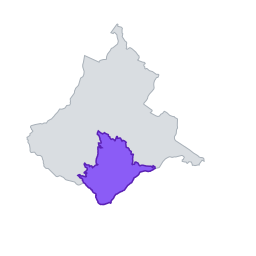 Democratic Republic of the Congo, with Équateur highlighted, rotated 214°
{"feature_id": "COD-1461", "entity_name": "Équateur", "entity_type": "Province", "adm_level": 1, "iso_a3": "COD", "parent_name": "Democratic Republic of the Congo", "parent_adm1": "", "projection": "orthographic", "projection_center": [21.263, 1.316], "detail": "fine", "context": "in_parent", "style": "filled", "palette": "violet", "viewbox_px": 256, "rotation_deg": 214, "n_neighbors": 0, "source": "natural_earth", "source_scale": "10m", "svg_char_len": 8847}
<svg xmlns="http://www.w3.org/2000/svg" viewBox="0 0 256 256"><g transform="rotate(214 128 128)"><path d="M204.5,163.8L188.8,166.4L189.1,167.3L188.9,168.2L188.5,168.9L186.8,170.9L184.4,172.7L184.4,173.1L185.6,175.1L186.3,177.8L186.0,182.6L186.3,183.9L186.2,184.9L185.4,186.0L183.6,191.8L184.6,194.6L187.6,197.1L189.4,199.1L192.4,199.7L192.9,199.6L193.1,198.0L195.5,197.4L195.2,207.6L195.0,208.2L194.5,208.3L194.0,208.0L193.8,207.0L193.2,206.6L190.2,207.8L189.5,207.8L188.7,207.6L188.1,207.1L188.0,206.3L186.0,203.4L185.0,203.2L183.9,200.5L179.3,198.5L177.5,198.4L176.6,197.8L175.7,195.7L174.2,194.3L173.9,192.8L173.5,192.6L172.6,192.9L171.7,195.3L170.7,195.9L168.7,195.9L164.0,195.3L160.5,194.0L159.6,194.1L158.3,193.0L157.7,191.2L158.1,189.8L157.8,189.6L152.6,190.8L151.3,191.5L150.1,191.3L149.7,190.9L150.3,189.9L150.0,188.9L149.6,188.4L148.1,188.0L147.6,186.9L146.7,186.7L146.3,186.9L146.1,187.6L145.5,187.9L142.4,187.5L139.1,188.5L134.7,188.3L132.7,189.5L132.3,189.4L131.9,188.8L131.5,186.9L131.7,186.4L132.4,186.0L132.6,185.2L132.4,183.2L132.6,182.7L132.3,181.5L131.7,179.7L130.8,178.2L128.8,175.9L128.4,174.8L128.6,172.3L129.2,168.3L129.1,165.3L128.3,163.3L128.2,161.2L128.7,157.4L128.2,156.5L118.1,156.2L117.7,155.9L117.5,155.4L118.0,153.1L111.8,153.7L110.0,154.1L108.9,155.0L108.5,156.2L108.5,157.8L107.5,159.4L107.3,162.1L105.6,162.4L103.9,162.4L100.6,161.8L97.5,162.5L95.9,163.3L95.1,162.9L92.3,163.2L91.9,163.0L88.6,157.7L87.1,156.0L86.8,155.1L86.9,154.3L86.5,153.2L85.0,150.5L84.7,149.3L84.7,147.3L84.6,146.6L83.2,144.9L82.3,144.4L81.3,144.1L64.9,144.3L59.5,143.9L55.6,144.1L53.6,144.0L53.0,143.7L51.2,144.1L50.3,144.8L48.9,145.2L48.0,145.0L46.3,143.0L48.6,142.7L48.8,137.8L48.2,137.2L49.4,136.4L51.4,134.3L53.3,133.6L53.6,133.1L54.0,133.2L54.7,134.0L56.4,135.2L58.5,134.2L58.7,133.9L58.9,131.9L59.5,131.7L60.4,132.2L60.9,132.2L61.8,131.6L64.4,130.6L65.2,131.9L64.5,133.0L64.8,133.9L64.9,135.2L65.3,135.4L67.4,135.6L68.1,135.3L72.2,130.7L73.3,130.1L75.0,128.3L77.4,127.5L78.4,126.0L79.7,123.4L80.3,119.7L80.0,113.2L80.2,112.4L83.0,109.4L85.9,104.2L87.9,102.8L89.4,102.2L91.6,100.3L93.4,98.3L93.2,96.0L93.6,94.0L94.6,91.6L94.9,88.9L94.6,86.2L94.7,83.9L96.1,80.3L96.2,76.2L97.4,72.7L99.8,68.3L101.0,65.1L100.8,61.8L101.1,59.4L101.0,58.0L100.5,56.8L100.8,56.1L101.7,55.7L102.8,54.5L104.9,51.4L107.1,49.8L108.6,49.3L110.2,49.4L111.2,49.7L112.9,50.9L114.8,51.9L116.3,53.1L117.7,55.1L121.1,55.5L122.6,56.2L123.5,56.5L123.8,56.3L124.5,56.4L126.1,56.9L127.4,56.6L133.7,57.9L134.4,57.3L136.2,53.9L137.5,52.8L139.7,52.7L141.4,53.3L142.3,53.3L150.0,50.5L151.0,50.3L153.9,51.0L155.7,50.6L156.4,50.7L158.0,50.2L159.3,48.2L160.4,47.7L171.5,49.8L173.2,48.8L174.0,48.7L176.5,49.4L177.2,50.6L178.7,51.7L179.8,53.4L181.5,54.4L182.3,55.3L183.3,56.0L185.3,56.2L187.8,54.6L189.6,54.8L191.5,55.6L192.1,55.6L193.4,54.6L194.2,53.7L194.9,53.5L195.9,53.9L196.8,54.8L197.6,56.1L200.4,59.1L203.1,60.3L203.8,62.2L204.7,62.0L205.2,62.1L205.9,63.3L206.4,63.5L206.5,64.0L205.8,65.1L205.2,67.2L206.1,68.4L205.4,70.3L205.1,72.2L205.9,72.7L207.0,72.7L208.1,73.7L208.9,73.8L209.7,74.9L209.5,75.8L206.9,78.9L203.0,82.8L201.6,83.2L201.0,83.9L200.5,85.1L199.3,86.0L198.4,86.4L198.4,89.2L197.0,92.0L196.5,92.6L195.8,97.3L195.9,98.1L195.2,101.9L195.3,105.5L193.4,106.6L192.0,108.3L191.4,109.5L191.4,112.4L189.3,114.2L189.1,114.6L189.6,116.6L190.4,117.0L190.4,117.7L192.2,119.8L192.0,126.5L192.1,127.2L193.0,128.8L193.6,131.8L192.9,135.7L195.2,142.8L194.1,145.4L194.6,147.8L196.0,150.4L199.3,153.0L200.2,154.0L201.0,155.4L201.7,157.6L204.5,163.8Z" fill="#d9dde1" stroke="#a8b0b8" stroke-width="1"/><path d="M90.5,101.5L92.1,99.5L92.6,99.2L92.7,98.9L93.2,98.4L93.4,98.1L93.3,96.6L93.1,95.7L93.1,95.3L93.5,93.7L94.3,91.5L95.0,90.5L95.1,90.3L95.1,89.3L95.0,89.0L94.9,89.0L94.6,88.3L94.8,87.2L94.5,86.1L94.5,85.4L94.4,84.8L94.6,84.3L94.8,84.1L95.2,83.5L95.3,83.3L95.3,82.8L95.6,81.8L95.7,81.3L96.2,80.2L96.2,77.5L96.3,76.8L96.2,76.4L96.3,75.6L96.2,74.9L96.5,74.0L96.9,73.6L97.0,73.5L97.3,72.9L97.6,72.0L98.2,71.4L98.3,71.3L99.0,70.1L99.2,69.6L99.3,69.2L99.7,68.5L100.2,67.1L100.3,67.0L100.9,66.6L101.0,66.1L101.1,64.9L101.1,63.8L100.7,61.6L100.9,60.5L100.9,59.9L101.2,59.4L101.2,58.6L101.1,57.9L101.0,57.6L100.6,56.8L100.3,56.6L100.3,56.4L100.3,56.2L100.6,55.8L100.8,55.8L101.3,56.0L101.9,55.8L102.1,55.6L102.3,55.3L102.8,54.2L103.0,53.9L103.3,53.7L103.4,53.4L103.6,53.3L103.9,52.8L104.4,52.5L104.4,52.1L104.6,51.9L104.9,51.4L105.3,50.9L106.0,50.9L106.3,50.3L106.7,50.1L107.5,49.7L107.8,49.3L108.0,49.3L108.7,49.3L109.2,49.1L109.5,49.2L110.5,49.3L111.0,49.4L111.5,49.7L111.9,50.4L112.9,50.7L113.6,51.2L114.3,51.5L114.9,52.1L115.8,52.4L116.1,52.8L116.3,53.2L116.5,53.3L116.8,53.7L116.9,53.9L116.7,54.3L116.8,54.5L117.9,55.5L118.1,55.5L118.8,55.4L119.5,55.4L120.0,55.2L120.4,55.1L121.2,55.3L122.1,55.6L122.5,56.1L122.8,56.2L122.8,56.4L123.2,56.4L123.3,56.5L123.5,56.5L123.8,56.2L124.0,56.2L124.7,56.7L124.9,56.7L125.5,56.7L125.8,56.9L126.1,56.9L126.9,56.5L127.1,56.5L127.8,56.5L128.1,56.7L128.5,56.7L128.9,57.0L129.2,57.0L129.7,57.0L130.1,56.9L130.6,57.2L131.2,57.3L131.4,57.5L131.9,57.8L132.7,57.9L133.7,57.9L134.0,57.8L134.3,58.0L134.8,58.1L136.0,59.1L136.6,59.2L136.7,59.8L136.8,59.9L137.3,60.2L137.9,60.3L138.5,60.1L139.0,60.3L139.3,60.0L139.7,60.0L140.0,59.9L140.2,60.0L140.5,60.0L140.8,60.2L141.1,60.4L141.6,60.6L142.2,60.5L142.8,60.6L143.1,60.6L143.0,61.0L142.9,61.3L142.5,61.6L142.1,62.2L141.9,62.4L141.7,62.4L141.3,62.2L140.8,62.1L140.4,61.9L140.2,61.9L139.9,62.1L139.0,62.9L138.7,63.1L138.1,63.0L137.4,63.3L135.9,63.8L135.6,64.1L135.5,64.4L135.5,64.5L135.7,64.9L136.6,65.2L136.9,65.4L136.9,65.5L137.0,65.9L136.8,67.1L136.9,67.4L137.1,67.7L137.3,67.7L137.5,67.6L138.3,66.6L138.7,66.3L139.0,66.2L139.3,66.3L139.4,66.7L139.4,67.0L139.0,67.9L138.9,68.4L138.6,68.9L138.7,69.9L138.4,70.5L138.6,70.9L139.1,71.5L139.4,71.8L139.8,72.0L141.4,71.7L141.7,71.7L141.8,71.8L142.4,72.4L143.4,72.9L144.1,73.5L144.2,73.8L144.3,74.6L144.2,74.7L143.1,74.4L141.7,74.2L140.7,74.9L139.9,75.4L139.5,75.5L139.2,75.4L138.7,74.8L138.5,74.7L138.5,75.0L138.2,75.0L138.2,75.3L137.8,75.5L137.6,75.8L137.3,76.1L137.1,76.1L136.6,76.2L136.4,76.1L136.2,76.0L135.8,75.5L135.4,75.3L135.1,75.3L135.1,75.5L135.1,75.8L135.1,76.0L134.5,77.2L134.3,78.6L134.2,79.0L133.8,79.4L133.0,80.0L132.8,80.1L132.6,80.6L132.9,80.6L133.1,80.7L133.3,80.6L133.8,80.7L134.1,80.9L134.3,80.9L134.8,81.2L135.5,82.0L136.0,82.9L136.4,83.5L136.8,84.5L137.1,85.0L137.1,85.4L137.2,85.9L137.5,86.7L137.5,87.6L137.6,87.9L138.0,88.4L138.3,89.5L138.5,90.0L138.7,90.3L139.5,91.2L140.0,92.3L140.9,93.3L142.2,95.2L142.3,95.4L142.2,95.7L142.1,95.8L141.6,96.0L141.3,96.3L140.9,96.3L140.2,96.0L139.9,96.0L139.5,96.2L138.6,97.1L140.4,97.2L140.6,97.3L140.9,97.8L141.0,97.8L141.3,97.8L142.6,97.4L142.9,97.6L143.7,98.7L144.1,99.0L143.9,99.3L143.0,99.6L142.0,100.4L141.9,100.6L142.0,100.8L142.2,101.1L143.6,102.2L144.4,102.5L144.9,102.9L145.2,103.2L145.3,103.6L145.5,103.8L145.9,104.0L147.2,105.0L148.0,105.4L148.4,105.6L149.7,105.5L149.9,105.6L150.0,105.7L150.6,106.8L150.7,107.3L151.0,109.0L148.1,108.7L147.5,108.7L147.2,108.8L145.9,108.9L145.6,109.0L145.5,109.8L145.4,110.0L144.9,110.3L144.7,110.6L144.7,111.0L143.8,110.9L143.4,110.9L141.0,111.4L140.7,111.5L140.5,111.4L139.9,110.6L139.6,110.3L139.3,110.3L138.8,110.3L138.2,110.5L137.9,110.1L137.2,109.6L136.7,109.6L136.0,109.2L135.7,109.3L135.5,109.2L135.3,109.4L134.8,110.2L134.5,110.5L134.2,110.5L132.9,110.4L131.7,110.1L131.6,110.5L131.9,111.2L132.1,112.4L132.6,114.3L132.6,114.6L132.3,114.9L132.0,114.9L131.8,114.7L131.7,114.4L131.7,113.8L131.7,113.5L131.5,113.3L131.3,113.3L131.0,113.4L130.8,113.8L130.5,114.1L129.8,114.4L129.4,115.0L128.6,115.4L128.2,115.2L127.9,115.0L127.4,114.8L127.0,114.5L126.7,114.4L126.2,114.0L125.6,113.8L125.4,114.8L125.1,115.0L123.7,115.3L123.0,115.3L121.5,115.1L121.5,114.4L121.4,114.1L118.8,111.1L118.6,111.0L118.3,111.2L117.6,111.2L116.8,111.6L116.5,111.6L115.8,111.3L115.3,111.2L114.7,110.6L114.4,110.4L113.7,110.3L112.8,110.4L112.1,110.3L111.9,110.0L111.2,108.5L110.7,108.0L110.3,108.0L110.2,108.1L109.4,109.1L108.9,109.1L108.7,109.0L108.6,108.4L108.3,107.4L107.4,106.0L107.0,105.0L106.7,104.6L106.0,103.9L104.9,102.2L104.8,101.4L104.7,101.0L104.6,100.6L104.4,100.3L104.2,100.1L103.9,100.1L103.8,100.6L103.6,100.8L103.2,101.1L102.6,101.3L102.4,101.6L102.5,102.4L102.6,102.7L103.0,103.1L103.1,103.4L103.1,103.6L102.7,104.0L102.2,104.3L101.5,104.2L100.6,104.5L100.1,104.5L99.4,104.2L98.6,103.6L97.2,103.3L96.9,103.4L96.5,104.0L96.2,104.4L95.7,104.9L95.0,105.4L94.6,105.6L93.6,105.9L92.8,106.3L91.9,106.5L91.4,106.8L88.5,108.5L87.6,109.2L87.0,109.2L85.4,109.0L85.4,109.4L85.9,109.7L86.1,109.9L86.1,110.8L83.8,110.8L83.2,109.9L82.9,109.6L83.6,108.7L83.7,107.8L83.8,107.6L84.3,106.7L84.6,106.3L85.5,104.5L86.2,104.0L87.0,103.1L87.9,102.9L88.5,102.6L89.1,102.5L89.6,102.3L89.8,102.1L90.1,101.9L90.5,101.5Z" fill="#8b5cf6" stroke="#5b21b6" stroke-width="1.5"/></g></svg>